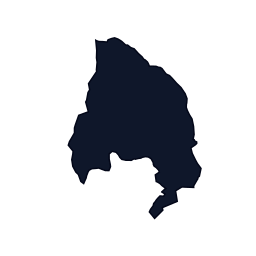 outline of Riyom, Plateau, Nigeria, rotated 154°
{"feature_id": "59680162B48237076936000", "entity_name": "Riyom", "entity_type": "district", "adm_level": 2, "iso_a3": "NGA", "parent_name": "Nigeria", "parent_adm1": "Plateau", "projection": "robinson", "projection_center": [8.695, 9.582], "detail": "fine", "context": "isolated", "style": "filled", "palette": "ink", "viewbox_px": 256, "rotation_deg": 154, "n_neighbors": 0, "source": "geoboundaries", "source_scale": "gbopen_adm2", "svg_char_len": 2112}
<svg xmlns="http://www.w3.org/2000/svg" viewBox="0 0 256 256"><g transform="rotate(154 128 128)"><path d="M71.4,166.5L72.4,168.2L74.1,169.3L75.7,171.1L78.7,172.7L81.2,173.9L81.7,174.2L81.5,177.1L81.6,178.8L82.7,181.6L83.7,182.9L83.9,184.1L84.0,184.8L84.2,185.9L84.5,186.6L86.0,190.3L87.8,196.6L88.7,197.4L90.3,199.1L91.6,201.9L92.0,202.7L93.7,203.5L95.4,207.9L95.6,208.4L96.3,209.7L98.0,212.3L100.3,214.7L100.5,214.9L103.0,215.5L103.6,215.6L106.3,215.9L107.2,216.0L109.1,214.4L113.2,216.9L114.8,217.7L116.4,218.6L118.1,220.3L118.5,220.9L122.1,211.4L125.6,204.8L126.9,200.7L130.9,194.1L131.4,192.5L144.0,185.2L145.7,179.1L148.3,177.5L153.0,171.1L154.6,169.9L156.5,159.9L166.7,161.0L173.8,154.0L176.1,151.5L178.3,147.0L184.8,142.6L186.5,141.5L189.2,138.7L187.5,131.3L188.9,128.9L192.4,124.2L194.3,118.1L194.4,117.8L194.2,111.3L193.1,108.3L193.0,107.9L193.8,100.6L192.2,97.5L189.9,99.5L187.6,101.4L186.1,103.3L183.1,106.1L181.5,107.1L178.4,107.3L174.3,105.7L171.9,104.9L169.5,102.3L168.6,101.4L167.0,99.7L163.8,98.1L160.7,100.9L160.0,102.8L159.3,105.5L158.6,108.3L156.4,112.9L152.5,114.0L149.3,111.4L148.3,107.9L148.2,105.2L147.3,102.5L145.6,101.2L144.1,100.0L141.3,98.6L139.2,97.5L136.0,97.7L135.2,96.8L132.0,96.1L129.6,95.3L128.0,95.4L124.8,94.6L122.4,93.0L120.7,90.3L120.6,88.5L120.5,85.8L121.2,84.0L121.2,82.2L120.0,80.2L118.9,76.6L119.2,74.6L124.0,73.9L126.1,67.5L125.3,66.7L123.6,64.1L122.7,61.4L121.8,59.6L120.5,57.0L121.7,56.9L125.6,55.8L125.7,55.7L123.7,52.5L125.9,51.0L129.0,52.9L131.8,51.9L134.1,50.9L135.7,49.9L138.0,48.9L139.5,47.0L143.4,45.0L145.6,43.2L143.7,35.1L132.7,38.9L132.1,41.4L115.9,40.5L112.8,50.7L105.4,51.4L95.0,45.8L94.4,47.2L88.6,51.1L88.0,51.4L87.5,51.8L86.9,52.9L85.0,53.4L80.1,59.7L81.2,65.6L81.4,69.8L81.4,77.1L80.9,79.4L80.2,82.6L77.4,83.0L74.8,83.4L73.0,84.0L72.4,85.4L73.8,87.2L73.7,88.6L74.5,89.3L71.5,93.1L70.0,96.8L68.4,100.7L66.5,108.1L67.0,112.9L67.0,117.8L66.6,121.0L65.1,123.8L64.3,124.7L62.4,128.0L62.1,128.5L61.6,133.9L61.9,135.9L62.6,141.0L64.8,147.1L66.5,153.3L67.7,156.9L70.0,159.7L70.5,161.7L71.4,166.5Z" fill="#0f172a" stroke="#020617" stroke-width="1.5"/></g></svg>